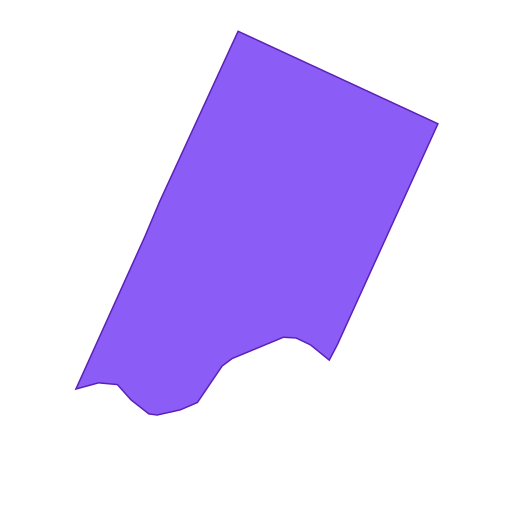 the district of Buffalo, South Dakota, United States of America, rotated 295°
{"feature_id": "52423323B50891604010383", "entity_name": "Buffalo", "entity_type": "district", "adm_level": 2, "iso_a3": "USA", "parent_name": "United States of America", "parent_adm1": "South Dakota", "projection": "orthographic", "projection_center": [-99.397, 44.065], "detail": "fine", "context": "isolated", "style": "filled", "palette": "violet", "viewbox_px": 512, "rotation_deg": 295, "n_neighbors": 0, "source": "geoboundaries", "source_scale": "gbopen_adm2", "svg_char_len": 402}
<svg xmlns="http://www.w3.org/2000/svg" viewBox="0 0 512 512"><g transform="rotate(295 256 256)"><path d="M59.3,149.0L74.5,166.9L80.9,184.7L72.8,203.5L67.6,225.6L70.1,233.6L84.6,252.4L98.5,264.8L142.0,271.8L153.0,277.7L193.9,315.1L198.6,326.8L198.5,342.9L192.6,366.4L210.1,367.2L452.7,365.0L452.1,144.8L264.5,145.7L226.2,147.1L59.3,149.0Z" fill="#8b5cf6" stroke="#5b21b6" stroke-width="1.5"/></g></svg>